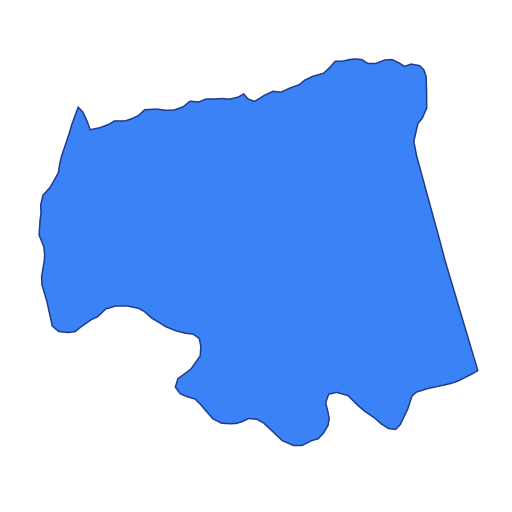 Francisco Alves, Paraná, Brazil (Albers equal-area conic projection), rotated 357°
{"feature_id": "56859067B90869066064775", "entity_name": "Francisco Alves", "entity_type": "district", "adm_level": 2, "iso_a3": "BRA", "parent_name": "Brazil", "parent_adm1": "Paraná", "projection": "albers", "projection_center": [-53.884, -24.099], "detail": "fine", "context": "isolated", "style": "filled", "palette": "blue", "viewbox_px": 512, "rotation_deg": 357, "n_neighbors": 0, "source": "geoboundaries", "source_scale": "gbopen_adm2", "svg_char_len": 1836}
<svg xmlns="http://www.w3.org/2000/svg" viewBox="0 0 512 512"><g transform="rotate(357 256 256)"><path d="M471.5,382.0L444.5,270.2L441.8,257.2L439.8,247.7L421.6,164.3L419.6,149.8L422.8,138.5L424.6,132.3L429.2,127.1L434.2,117.3L434.9,101.5L435.3,85.9L433.4,79.0L429.4,74.5L421.1,72.5L414.2,74.4L409.5,71.0L402.0,66.9L394.6,67.1L385.7,70.0L377.7,69.6L372.0,65.4L365.1,64.4L359.1,64.8L352.6,66.0L345.4,65.6L339.5,71.6L332.9,77.1L322.5,79.4L313.9,82.9L308.1,87.2L299.3,89.8L289.4,93.7L281.7,92.4L272.7,96.0L267.7,98.9L262.6,101.5L256.1,98.7L252.2,93.5L246.6,96.4L237.7,98.0L230.5,97.0L221.8,97.0L214.3,96.6L206.7,99.2L198.2,98.0L191.1,103.2L181.6,106.0L173.8,105.8L164.3,104.1L152.5,104.1L146.2,109.4L140.4,112.0L132.2,114.3L121.7,113.7L115.8,116.9L106.3,119.8L97.0,121.2L94.3,112.3L90.7,103.3L86.2,98.1L78.8,115.4L75.9,123.8L67.0,146.3L64.9,153.4L63.0,162.5L54.1,176.6L46.5,184.1L43.7,193.7L43.5,202.3L42.3,208.5L40.5,223.7L44.6,235.7L45.0,243.2L44.4,249.3L40.8,265.6L40.8,273.9L44.8,290.4L48.9,315.3L55.1,321.1L64.3,322.6L71.5,322.0L77.2,317.8L88.2,310.9L94.7,308.3L103.1,301.1L113.2,298.6L125.1,299.2L135.9,302.1L141.2,305.3L149.0,312.9L156.0,317.5L162.6,322.1L171.6,326.3L181.3,329.4L189.3,330.8L195.0,335.4L196.2,343.2L195.1,352.7L185.2,365.4L176.9,371.0L171.6,374.4L168.6,382.7L173.1,389.6L179.4,392.7L187.6,395.6L192.0,400.3L204.3,416.2L212.9,421.2L222.2,422.2L227.7,422.1L233.2,420.8L240.2,417.9L248.6,419.2L254.8,423.1L272.7,441.8L283.5,447.2L292.1,447.6L301.8,443.3L308.4,441.8L314.1,436.4L319.1,428.9L320.6,422.2L319.6,415.0L317.9,406.2L321.3,397.9L329.3,396.4L340.5,400.2L350.1,410.7L356.6,416.9L366.5,424.4L372.0,430.0L379.2,435.2L386.4,436.5L391.2,431.9L399.4,417.0L404.5,403.9L408.9,400.4L419.7,397.5L443.5,393.6L450.9,391.5L459.0,388.0L464.9,385.4L471.5,382.0Z" fill="#3b82f6" stroke="#1e3a8a" stroke-width="1.5"/></g></svg>